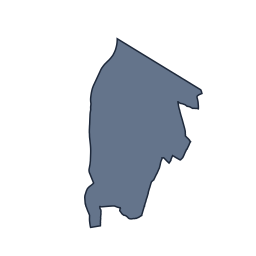 the district of Brielle, Zuid-Holland, Netherlands, rotated 240°
{"feature_id": "6326949B68429604867621", "entity_name": "Brielle", "entity_type": "district", "adm_level": 2, "iso_a3": "NLD", "parent_name": "Netherlands", "parent_adm1": "Zuid-Holland", "projection": "robinson", "projection_center": [4.167, 51.891], "detail": "fine", "context": "isolated", "style": "filled", "palette": "slate", "viewbox_px": 256, "rotation_deg": 240, "n_neighbors": 0, "source": "geoboundaries", "source_scale": "gbopen_adm2", "svg_char_len": 5080}
<svg xmlns="http://www.w3.org/2000/svg" viewBox="0 0 256 256"><g transform="rotate(240 128 128)"><path d="M210.7,163.3L209.8,162.8L208.6,162.0L207.7,161.4L206.1,160.2L205.3,159.5L204.5,158.8L203.8,158.1L203.1,157.4L202.4,156.7L201.8,156.0L201.1,155.1L200.5,154.3L199.5,152.8L199.0,152.0L198.5,151.2L198.1,150.3L197.8,149.5L197.1,147.8L196.8,146.8L196.5,146.0L195.8,143.1L195.3,141.3L195.1,140.6L194.9,139.7L194.5,138.7L193.9,137.2L193.5,136.4L193.1,135.4L192.7,134.7L192.1,133.7L191.6,133.0L190.6,131.6L186.6,125.9L183.1,120.9L182.5,120.0L181.9,119.2L181.2,118.3L180.0,116.9L178.9,115.8L177.7,114.7L176.6,113.7L175.8,113.1L175.1,112.5L173.9,111.6L173.4,111.2L171.8,110.1L170.0,109.1L167.4,108.0L165.6,106.7L165.1,106.3L164.8,106.1L162.4,104.8L160.4,103.1L158.7,101.9L150.3,96.6L149.3,95.9L145.7,93.6L143.5,92.3L142.2,91.7L140.0,90.5L139.2,90.1L132.6,87.2L130.7,86.3L129.1,85.5L126.9,84.3L124.9,83.1L119.0,79.4L118.3,79.0L117.7,78.5L116.3,77.5L115.5,76.9L114.8,76.3L111.9,73.8L111.8,73.7L111.2,73.3L110.7,73.0L110.3,72.8L109.8,72.6L109.4,72.5L109.2,72.4L108.8,72.3L108.3,72.2L106.6,72.0L104.6,71.7L98.1,70.8L97.7,70.8L97.6,70.7L97.5,70.4L97.3,70.3L96.8,67.5L96.7,66.6L96.6,65.7L96.6,65.1L96.2,64.3L96.0,63.1L95.7,62.5L94.4,60.6L93.4,59.5L91.9,57.9L91.5,57.4L91.1,57.0L90.7,56.7L89.6,55.9L88.8,55.5L84.9,53.6L84.6,53.5L84.3,53.4L84.2,53.3L83.6,53.0L83.4,53.2L81.6,52.5L79.9,52.3L76.5,51.7L75.3,51.6L71.7,51.1L69.2,49.6L68.4,49.1L66.9,48.3L65.5,47.7L64.3,47.2L63.3,46.8L62.0,46.3L61.4,46.1L60.8,45.9L60.6,45.9L57.1,55.2L58.0,55.8L58.6,56.1L58.9,56.2L59.3,56.5L59.5,56.7L59.8,56.9L60.1,57.0L61.0,57.5L61.7,58.0L62.0,58.2L63.6,59.3L64.0,59.4L64.5,59.7L64.7,59.9L65.1,60.1L65.4,60.4L66.1,60.8L66.5,61.2L67.1,61.6L68.1,62.1L68.7,62.5L68.9,62.6L69.2,62.8L69.4,63.0L69.9,63.2L70.4,63.4L70.7,63.5L70.8,63.5L71.1,63.5L71.6,63.5L72.0,63.5L72.4,63.5L72.8,63.6L73.2,63.8L73.4,64.1L73.7,64.4L74.1,64.4L74.1,64.5L73.9,64.6L73.6,64.9L73.3,65.1L73.1,65.5L72.9,65.8L69.4,73.2L68.4,75.2L67.2,77.3L65.7,78.5L65.3,78.8L64.7,79.3L64.1,79.9L63.6,80.4L63.0,81.1L63.0,81.3L62.9,81.4L62.6,81.3L62.7,81.2L61.6,80.4L60.5,79.5L60.3,79.5L60.2,79.5L59.5,79.6L58.9,79.7L57.6,79.8L57.0,79.8L56.4,80.0L55.1,80.5L54.8,80.6L54.6,80.8L54.4,80.9L54.0,81.5L53.9,81.6L53.6,81.9L53.5,82.0L53.3,82.1L52.7,82.4L52.3,82.6L51.5,82.9L50.9,83.1L49.9,83.3L49.6,83.4L49.2,83.6L48.8,83.9L48.6,84.1L48.3,84.4L48.1,84.8L47.8,85.1L47.6,85.5L47.4,85.9L46.9,87.4L46.4,88.1L46.3,88.3L46.2,88.5L46.0,89.4L45.9,89.5L45.7,89.7L45.6,90.1L45.5,90.6L45.5,91.1L45.4,92.0L45.3,92.3L45.3,93.0L45.4,94.5L45.4,95.2L45.5,95.2L45.5,95.7L45.5,95.9L45.4,96.2L46.1,96.7L47.8,98.5L48.5,99.2L49.7,100.5L49.8,100.6L50.5,101.3L51.0,101.9L51.4,102.2L52.1,103.0L52.3,103.1L52.5,103.3L52.3,103.4L52.8,103.8L53.0,104.0L53.4,104.4L54.0,104.9L55.3,106.5L56.9,108.0L58.7,110.1L59.4,110.8L59.7,111.1L61.7,113.2L62.1,113.3L63.6,114.9L64.5,115.8L65.1,116.5L65.6,117.1L66.5,118.0L68.6,120.2L69.3,121.0L69.6,121.4L70.3,124.2L70.2,124.3L74.0,129.9L74.0,130.1L77.3,134.6L77.5,135.0L80.0,137.4L82.5,139.6L82.6,139.8L84.4,142.1L85.1,142.5L84.7,143.2L84.6,143.4L84.4,143.9L84.4,144.0L83.4,144.3L79.8,145.2L78.5,145.6L77.7,145.8L77.1,146.0L77.7,147.3L78.5,148.9L78.8,148.9L81.1,151.8L81.1,152.0L81.7,152.7L81.8,152.8L81.3,153.1L81.2,153.2L80.6,153.6L80.2,153.8L79.9,153.9L79.2,154.3L78.1,154.9L76.6,155.8L75.9,156.2L75.6,156.4L74.7,156.9L74.5,157.1L74.4,157.1L74.2,157.3L74.2,157.5L74.2,157.9L74.5,158.7L74.6,159.5L74.8,159.9L74.9,160.2L74.9,160.4L75.1,160.8L75.3,161.0L75.4,161.3L75.6,161.6L75.9,161.9L75.9,162.0L76.0,162.1L76.2,162.3L76.3,162.6L76.5,162.8L77.6,164.3L78.7,165.8L79.1,166.5L79.6,167.2L80.2,167.9L80.1,168.4L81.6,170.5L82.5,171.9L82.7,172.1L82.8,172.3L83.7,173.4L84.2,174.1L84.5,174.6L84.7,174.9L84.8,175.3L85.5,175.1L86.2,175.0L86.3,175.2L86.7,175.2L89.0,174.7L90.1,174.3L91.1,174.1L91.6,173.9L91.8,173.9L92.5,173.7L93.2,174.3L93.5,174.4L94.1,174.6L94.4,174.7L94.6,174.9L95.5,175.4L96.3,175.8L97.3,176.2L97.7,176.3L98.9,176.7L108.0,179.1L109.7,179.5L111.4,179.9L112.3,180.1L114.9,180.8L116.0,181.1L116.7,181.3L116.9,181.4L117.9,181.7L118.3,181.8L119.1,181.9L121.3,182.6L121.9,182.8L122.3,183.0L123.2,183.4L123.4,183.4L124.1,183.7L125.2,184.1L126.4,184.5L126.0,184.4L125.9,184.4L125.7,184.4L124.9,184.8L123.8,185.3L123.6,185.4L122.9,185.9L122.6,186.3L121.8,187.3L121.5,187.5L120.7,188.2L119.9,188.8L119.5,189.2L119.1,189.3L118.9,189.4L118.1,189.7L117.9,189.8L117.7,189.8L117.5,190.0L117.2,190.1L117.1,190.3L116.9,190.5L116.5,191.0L115.8,191.8L115.4,192.1L114.8,192.5L113.3,193.4L112.8,193.7L112.7,193.8L112.4,194.3L112.2,194.8L111.0,196.5L110.7,197.0L110.6,197.3L110.5,197.5L110.4,197.7L110.2,197.8L109.7,198.2L109.4,198.5L109.5,198.6L109.9,198.8L110.4,199.1L111.2,199.6L111.5,199.7L111.8,199.9L112.4,200.2L113.1,200.5L114.1,201.0L114.8,201.3L115.3,201.6L116.5,202.0L117.3,202.3L118.6,202.7L119.5,202.9L120.3,203.2L120.6,203.4L121.1,204.0L121.2,204.4L121.2,204.5L121.2,204.9L121.2,205.1L121.3,205.7L121.3,206.1L121.2,207.1L121.1,207.9L120.9,209.3L123.1,209.9L124.7,210.1L187.5,175.9L210.7,163.3Z" fill="#64748b" stroke="#1e293b" stroke-width="1.5"/></g></svg>